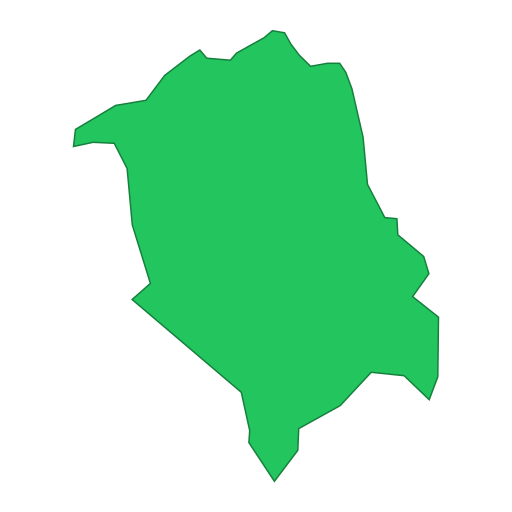 Librazhd, Elbasan, Albania
{"feature_id": "67620474B87569046172350", "entity_name": "Librazhd", "entity_type": "district", "adm_level": 2, "iso_a3": "ALB", "parent_name": "Albania", "parent_adm1": "Elbasan", "projection": "albers", "projection_center": [20.392, 41.155], "detail": "fine", "context": "isolated", "style": "filled", "palette": "green", "viewbox_px": 512, "rotation_deg": 0, "n_neighbors": 0, "source": "geoboundaries", "source_scale": "gbopen_adm2", "svg_char_len": 687}
<svg xmlns="http://www.w3.org/2000/svg" viewBox="0 0 512 512"><path d="M164.7,75.4L146.0,100.3L115.7,105.4L75.5,129.4L73.5,146.5L93.1,142.3L114.3,143.3L127.1,168.5L132.3,224.9L150.4,283.4L132.1,299.5L241.3,392.3L249.7,430.6L248.9,442.6L274.4,481.3L297.8,450.3L298.7,428.6L340.2,405.6L371.2,372.3L404.1,375.7L429.2,399.7L437.8,376.8L438.5,317.2L412.6,296.6L428.9,273.7L423.7,256.5L397.8,234.8L396.9,218.7L384.8,217.6L367.5,184.4L363.1,137.4L351.9,88.7L345.8,72.4L339.7,63.3L327.4,63.3L310.6,66.3L299.2,55.1L290.8,44.0L284.6,32.8L272.4,30.7L264.0,37.8L251.0,45.0L236.5,53.1L230.4,60.2L206.7,58.2L199.8,50.0L189.9,56.1L164.7,75.4Z" fill="#22c55e" stroke="#15803d" stroke-width="1.5"/></svg>